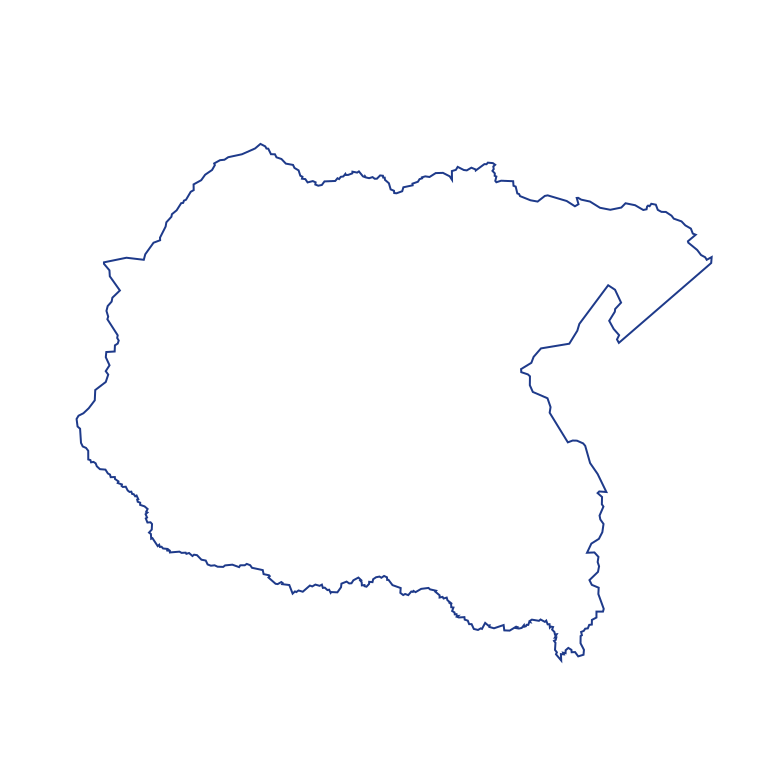 Asunafo North Municipal, Brong Ahafo, Ghana (Robinson projection), rotated 281°
{"feature_id": "2480657B96138797401471", "entity_name": "Asunafo North Municipal", "entity_type": "district", "adm_level": 2, "iso_a3": "GHA", "parent_name": "Ghana", "parent_adm1": "Brong Ahafo", "projection": "robinson", "projection_center": [-2.711, 6.815], "detail": "fine", "context": "isolated", "style": "outline", "palette": "blue", "viewbox_px": 768, "rotation_deg": 281, "n_neighbors": 0, "source": "geoboundaries", "source_scale": "gbopen_adm2", "svg_char_len": 6141}
<svg xmlns="http://www.w3.org/2000/svg" viewBox="0 0 768 768"><g transform="rotate(281 384 384)"><path d="M146.4,610.7L152.6,609.2L152.9,612.1L154.4,611.1L154.4,613.6L157.3,613.1L160.1,615.3L158.8,618.7L156.5,619.4L157.3,622.7L153.7,626.6L156.3,631.5L161.2,631.0L167.0,626.4L174.1,625.1L175.2,626.2L178.2,624.8L179.8,627.2L182.2,628.2L183.0,630.7L186.7,631.4L187.5,633.9L192.1,633.1L195.3,637.1L201.1,636.0L202.4,642.4L205.2,642.6L218.7,634.5L225.0,633.6L226.5,626.3L230.7,623.1L240.4,629.9L246.1,629.9L250.0,627.7L255.2,627.5L258.8,622.7L257.1,615.5L266.9,618.0L273.0,624.5L280.2,626.6L288.5,626.2L292.3,622.2L296.0,620.7L305.5,622.8L307.5,620.8L314.7,619.6L317.7,614.5L319.6,615.8L320.4,622.9L336.4,610.9L345.7,601.4L361.7,593.3L363.7,590.8L365.2,584.2L364.5,580.0L361.8,575.6L387.4,552.1L393.1,551.9L401.2,547.2L404.6,531.6L410.6,527.4L419.4,525.8L420.9,523.4L421.8,516.5L424.8,515.7L432.9,524.6L439.2,525.7L448.9,531.3L458.9,558.2L473.2,563.6L480.3,564.3L523.7,585.2L520.6,592.8L509.1,601.2L501.7,596.6L499.0,596.8L489.0,593.0L481.9,598.9L476.8,605.5L472.2,604.2L469.2,606.7L565.2,682.1L571.1,681.4L567.5,677.1L569.7,675.1L571.1,670.6L575.3,665.9L580.8,655.7L582.1,655.1L590.0,661.5L590.6,658.4L595.1,655.6L597.2,649.5L600.4,645.0L601.6,636.9L604.1,634.1L606.7,627.8L605.9,623.6L607.2,619.5L611.9,616.6L611.9,612.0L609.2,610.8L609.5,609.2L608.4,608.4L605.6,608.4L604.3,605.3L607.4,596.4L607.5,586.6L602.5,583.3L598.2,572.9L598.2,562.4L602.4,551.4L602.6,542.4L603.8,539.1L603.4,537.7L597.6,540.6L594.9,537.5L598.5,528.4L600.4,508.7L599.3,506.0L592.4,500.0L592.3,492.7L594.4,481.7L596.2,480.4L596.5,478.5L602.9,475.6L603.3,473.3L607.7,472.1L605.9,460.2L603.5,455.8L604.6,454.5L609.1,454.7L609.5,452.9L611.9,452.6L613.9,449.8L615.9,450.7L618.4,449.8L620.4,451.3L621.6,448.7L621.1,443.7L619.3,442.7L619.0,440.6L611.1,433.3L612.1,432.9L613.0,428.5L609.5,424.5L609.3,421.5L611.2,414.9L607.9,413.7L606.0,410.0L597.4,411.8L600.4,408.9L602.5,401.6L600.9,394.5L595.9,389.2L595.7,384.9L594.1,381.8L593.2,382.2L591.9,379.8L589.0,378.7L586.1,373.7L584.5,374.2L580.8,365.5L576.7,365.1L573.6,359.9L573.4,357.6L575.6,356.9L576.3,353.4L582.0,350.5L584.6,346.0L586.7,345.3L586.5,343.8L588.2,343.2L588.0,340.4L584.2,337.9L583.7,335.7L584.9,333.3L583.2,330.1L583.3,326.8L584.4,325.6L583.5,325.4L583.8,323.7L587.9,318.8L586.4,317.3L586.4,312.5L584.7,312.7L582.4,308.9L581.9,306.7L582.9,306.0L580.0,304.5L579.1,302.0L576.6,300.8L577.1,299.1L574.0,297.4L571.5,286.9L567.5,285.0L566.1,281.6L566.7,278.5L568.9,278.4L569.6,275.4L567.3,270.5L570.1,267.7L569.9,264.3L571.9,264.4L572.5,262.1L577.4,259.4L579.0,254.9L581.7,252.9L581.6,245.6L585.3,240.4L586.0,235.2L588.7,233.1L588.0,229.2L592.9,225.5L592.7,223.7L594.6,222.1L596.1,216.9L590.6,212.5L582.4,200.7L576.9,187.8L573.7,184.6L572.4,180.3L568.1,175.2L566.6,176.2L561.3,174.4L555.3,168.5L549.2,165.7L543.6,159.0L538.0,160.2L535.8,157.6L527.1,154.5L525.8,152.6L523.5,152.3L522.8,150.4L514.9,147.3L510.2,143.4L507.6,143.4L501.2,139.5L496.9,139.6L484.9,136.2L482.4,136.8L478.7,130.8L465.8,124.9L460.1,124.5L458.8,107.1L450.0,85.9L448.5,86.2L443.2,92.8L437.4,94.3L425.4,106.9L416.9,100.9L412.9,100.9L407.8,97.9L402.8,97.6L397.5,100.4L394.8,100.1L381.0,113.3L378.3,113.3L376.0,115.3L372.9,114.9L370.6,112.5L364.5,113.4L362.4,105.3L357.2,105.8L350.0,111.0L343.5,108.4L340.6,111.5L332.9,110.5L323.0,101.7L312.8,103.2L303.9,98.8L297.9,94.5L294.6,90.2L291.0,88.9L283.8,91.3L282.1,94.2L268.4,97.8L265.2,100.2L264.4,103.7L262.0,106.4L253.5,108.1L253.3,110.3L251.2,111.4L252.1,113.7L251.1,116.1L248.4,117.8L246.2,121.4L246.8,126.9L243.5,130.0L242.8,132.3L240.4,133.5L241.3,137.5L239.4,138.1L237.7,141.9L236.0,141.5L235.4,145.9L233.9,145.8L233.1,147.3L233.9,150.1L230.6,152.7L229.5,154.8L230.1,156.5L228.0,157.8L228.1,159.3L226.3,161.2L227.3,162.4L224.0,164.8L223.4,163.8L221.4,164.7L221.0,167.3L218.8,167.7L218.2,172.3L216.2,175.8L213.1,174.9L212.7,176.3L210.7,174.8L207.7,176.9L206.6,175.8L202.9,178.2L203.7,181.2L202.3,183.0L196.8,183.8L193.3,181.7L192.3,183.8L187.7,185.0L188.5,186.1L181.7,192.8L183.3,194.0L181.3,195.1L181.8,196.7L180.4,198.5L180.8,203.1L180.1,204.4L179.1,202.1L179.4,205.6L177.8,206.0L180.4,215.2L179.6,217.5L180.6,221.5L179.6,222.4L180.9,224.9L178.6,228.8L180.2,230.1L180.3,233.1L176.7,238.3L176.7,242.7L173.2,245.3L172.6,248.8L173.7,252.3L172.9,255.5L173.8,261.1L175.6,262.6L177.7,269.6L176.6,276.7L178.6,277.5L179.5,281.9L181.2,283.6L180.6,287.2L178.4,289.5L178.2,300.5L174.4,302.1L174.3,307.6L173.6,308.5L172.0,307.5L167.2,315.7L167.3,317.8L170.0,321.0L169.3,322.5L168.1,322.2L168.6,329.4L160.8,334.3L163.4,336.2L163.0,337.6L165.0,339.5L164.6,343.9L172.0,349.7L171.6,352.2L174.0,354.9L173.6,359.3L175.2,361.3L172.2,362.9L172.8,364.7L170.9,367.8L171.6,369.4L168.8,371.5L169.7,371.9L170.6,378.0L176.3,380.6L179.9,380.3L182.9,385.0L181.6,387.9L182.2,390.1L185.5,391.4L189.1,395.8L187.1,399.0L186.5,398.2L185.2,399.9L182.1,400.7L182.9,403.2L181.8,403.5L181.7,405.5L184.9,407.5L187.0,407.2L187.3,410.5L190.3,410.6L192.8,413.1L194.1,416.3L193.3,418.4L195.6,420.7L194.8,423.8L192.3,424.5L192.6,425.8L188.2,430.7L186.9,439.3L182.1,439.9L180.5,443.1L181.9,444.8L181.4,448.1L185.5,450.4L185.4,452.0L186.5,452.4L185.7,454.7L190.0,459.6L192.3,466.6L191.2,468.3L191.0,474.6L189.9,474.0L187.2,478.9L185.0,479.3L186.2,482.1L184.8,483.4L186.3,486.3L183.8,487.6L181.8,491.4L181.4,490.6L180.8,491.9L177.7,492.6L177.8,494.8L174.2,494.2L173.2,496.8L171.4,497.4L171.9,499.1L170.1,499.7L170.4,500.8L169.4,500.0L169.1,502.0L170.5,507.4L168.1,508.2L167.7,511.4L164.5,513.4L165.0,515.8L160.7,518.9L160.5,523.2L162.6,525.6L162.3,526.9L168.8,528.9L166.7,532.6L167.2,533.7L165.6,533.8L165.2,538.6L170.2,547.4L165.1,549.1L165.9,554.4L171.0,560.0L170.8,561.3L169.6,560.4L169.7,563.1L170.8,565.7L174.0,567.4L172.5,568.0L173.3,569.5L174.8,569.9L175.1,571.6L178.3,572.0L178.2,573.0L179.1,572.2L180.9,574.1L181.1,581.3L182.7,582.6L181.2,587.3L182.7,588.4L179.3,590.5L179.8,592.3L176.6,593.3L177.7,594.0L177.7,596.3L175.0,595.9L173.1,598.6L170.7,599.6L171.3,601.3L167.6,600.1L168.0,601.5L165.6,601.4L164.3,599.9L162.7,601.7L155.6,602.6L153.6,604.9L151.5,604.4L146.4,610.7Z" fill="none" stroke="#1e3a8a" stroke-width="2"/></g></svg>